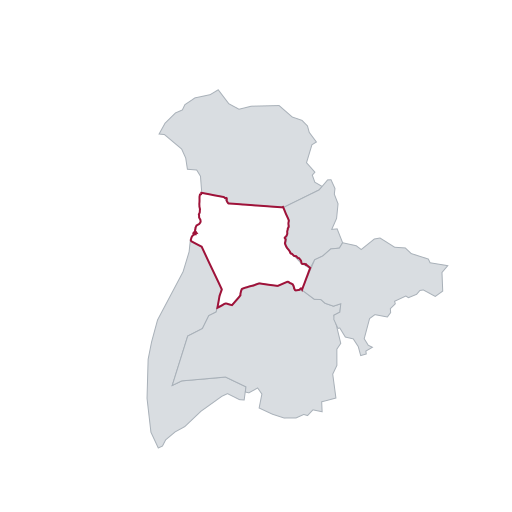 Kenya highlighted, orthographic projection, rotated 155°
{"feature_id": "KEN", "entity_name": "Kenya", "entity_type": "country or territory", "adm_level": 0, "iso_a3": "KEN", "parent_name": "Africa", "parent_adm1": "", "projection": "orthographic", "projection_center": [37.674, 0.4], "detail": "fine", "context": "with_neighbors", "style": "outline", "palette": "rose", "viewbox_px": 512, "rotation_deg": 155, "n_neighbors": 5, "source": "natural_earth", "source_scale": "50m", "svg_char_len": 5327}
<svg xmlns="http://www.w3.org/2000/svg" viewBox="0 0 512 512"><g transform="rotate(155 256 256)"><path d="M210.9,288.4L259.4,315.9L260.2,323.3L278.5,336.1L272.6,351.8L273.4,359.0L281.5,363.6L278.3,374.5L278.2,384.4L287.7,404.8L292.3,407.5L282.3,414.8L268.5,419.7L261.0,419.5L256.5,423.2L244.5,425.1L229.4,421.6L220.0,422.6L216.3,405.5L209.4,396.2L197.1,393.8L171.5,382.6L164.4,366.6L157.0,359.5L154.4,352.1L155.5,345.5L153.1,333.8L158.3,333.2L170.8,319.2L167.2,307.1L170.8,305.5L171.5,298.0L166.5,290.8L170.9,289.2L210.9,288.4Z" fill="#d9dde1" stroke="#a8b0b8" stroke-width="1"/><path d="M301.5,287.3L301.3,240.7L315.8,222.1L324.0,221.9L335.2,212.9L351.7,212.3L386.6,174.1L376.1,174.2L334.8,159.2L320.4,141.7L327.6,130.5L331.7,132.8L340.0,143.3L346.2,143.3L371.4,138.6L392.6,131.5L403.5,130.8L415.5,127.6L421.1,123.3L425.7,123.3L425.7,140.7L414.9,173.1L397.4,208.0L386.9,222.3L372.2,239.7L328.8,272.5L314.9,288.0L309.0,297.8L301.5,287.3Z" fill="#d9dde1" stroke="#a8b0b8" stroke-width="1"/><path d="M386.6,174.1L351.7,212.3L335.2,212.9L324.0,221.9L315.8,222.1L312.4,226.2L303.7,226.2L298.5,221.9L286.9,227.2L283.1,232.5L264.8,230.3L248.6,219.4L239.7,219.4L235.4,215.2L235.4,208.1L228.8,205.9L221.4,192.1L215.6,189.1L213.4,184.0L207.0,177.8L199.3,176.9L203.7,169.7L210.4,169.4L216.1,141.0L222.1,137.4L228.9,122.7L236.4,116.5L243.6,93.5L258.1,96.1L261.9,86.9L269.4,92.5L276.7,89.6L279.7,92.2L288.2,92.3L299.0,97.3L307.9,105.6L317.4,116.9L309.0,128.4L310.3,135.7L320.3,135.0L323.1,137.2L320.4,141.7L334.8,159.2L376.1,174.2L386.6,174.1Z" fill="#d9dde1" stroke="#a8b0b8" stroke-width="1"/><path d="M210.9,288.4L170.9,289.2L158.9,294.7L155.8,293.4L155.9,283.8L158.9,278.9L159.6,268.6L167.1,256.0L176.1,248.1L171.0,246.3L171.9,231.4L177.1,227.9L185.2,230.8L195.5,227.8L204.4,227.8L212.3,221.9L218.3,230.8L225.3,251.9L210.7,274.9L210.9,288.4Z" fill="#d9dde1" stroke="#a8b0b8" stroke-width="1"/><path d="M171.9,231.4L160.8,222.9L157.9,217.4L141.6,221.4L136.0,219.9L126.6,205.3L117.3,200.2L114.3,192.6L101.1,180.4L101.1,176.3L86.3,166.2L94.4,162.5L101.6,145.3L110.6,143.6L118.7,154.5L122.0,155.5L126.6,153.4L135.5,153.8L137.1,156.4L149.5,156.4L150.0,153.8L156.5,151.5L157.9,147.8L162.7,145.2L173.0,152.6L179.5,151.3L192.9,135.3L192.0,127.7L189.1,124.1L196.6,123.4L197.5,120.6L203.2,121.5L201.6,130.7L202.9,139.8L209.3,144.8L210.5,155.4L212.3,155.7L212.3,165.5L210.4,169.4L203.7,169.7L199.3,176.9L207.0,177.8L213.4,184.0L215.6,189.1L221.4,192.1L228.8,205.9L204.4,227.8L195.5,227.8L185.2,230.8L177.1,227.9L171.9,231.4Z" fill="#d9dde1" stroke="#a8b0b8" stroke-width="1"/><path d="M210.8,289.1L210.8,286.9L211.1,281.4L211.1,276.5L211.3,274.1L212.5,272.5L213.1,271.4L213.5,269.8L214.1,268.5L215.6,267.5L215.8,266.9L217.3,265.2L218.2,263.0L218.9,262.2L219.8,261.5L220.4,261.1L221.4,260.8L222.1,260.5L222.3,260.4L222.4,260.0L222.1,258.6L222.4,258.2L223.0,257.2L223.6,256.4L224.1,255.8L224.4,255.3L224.6,254.3L224.6,253.6L224.6,252.5L224.4,249.9L223.8,247.8L223.4,245.4L223.7,244.6L223.2,243.2L222.9,243.1L222.5,242.8L222.0,241.4L221.6,240.2L221.4,239.9L219.7,238.9L218.8,236.4L217.9,235.8L217.3,233.3L217.2,232.6L217.8,230.2L217.7,229.6L217.2,229.1L215.6,228.5L214.3,227.5L214.5,227.2L214.5,226.8L213.9,226.5L211.9,222.3L214.5,219.8L217.1,217.2L220.4,214.0L223.4,211.0L226.1,208.4L228.4,206.1L228.4,206.5L228.4,207.1L228.7,207.5L229.1,207.7L229.8,207.5L230.4,207.1L231.0,207.0L234.5,208.0L235.1,208.8L235.0,209.7L235.2,210.4L234.9,211.0L234.6,213.0L234.7,214.8L235.7,216.2L236.7,217.2L237.4,218.7L238.0,219.2L238.7,219.4L241.2,219.5L244.8,219.6L248.2,219.7L248.5,219.7L249.3,219.9L252.4,221.9L255.3,223.7L257.8,225.3L260.2,226.9L262.5,228.4L264.3,229.6L266.1,230.0L269.0,230.2L271.0,230.3L272.8,230.8L275.6,231.3L277.6,231.5L278.9,231.8L282.3,232.1L282.9,231.9L284.4,230.5L286.1,228.3L286.7,227.0L288.9,225.8L292.8,224.1L295.5,222.9L298.5,221.6L299.9,222.7L301.8,224.4L302.6,225.2L303.3,225.6L304.3,225.9L305.6,225.9L306.2,225.8L307.6,225.6L310.9,225.4L312.8,225.4L311.2,227.7L309.3,230.4L305.9,235.3L303.3,237.9L301.3,239.9L301.1,240.3L301.1,242.5L301.1,247.9L301.2,258.7L301.3,269.4L301.3,280.2L301.3,285.6L301.3,287.4L303.1,289.7L304.8,291.9L307.0,294.8L308.2,296.4L308.4,296.9L308.4,298.0L306.5,300.2L305.0,301.2L302.9,301.6L302.3,301.6L301.5,301.2L301.2,301.8L301.0,302.6L300.5,302.4L300.2,302.2L300.4,303.6L300.6,304.4L300.3,305.3L299.3,306.2L299.2,306.9L297.0,308.8L294.0,309.0L292.3,309.9L291.6,310.7L291.1,312.3L291.3,314.9L290.4,316.9L290.2,317.9L288.7,319.1L288.0,320.3L287.4,321.5L287.0,322.0L286.4,324.7L285.7,326.3L285.5,326.9L285.3,327.3L284.7,328.3L284.4,328.9L284.1,329.4L282.2,333.5L280.8,335.4L279.6,335.2L278.9,335.9L278.8,336.3L278.4,336.1L277.4,335.4L275.5,334.0L273.5,332.6L271.6,331.2L269.6,329.7L267.7,328.3L265.7,326.9L263.7,325.5L261.8,324.1L260.6,323.3L260.1,322.8L259.7,321.8L259.5,321.6L259.0,321.3L258.4,321.2L258.2,321.0L258.2,320.5L258.4,319.9L259.2,318.6L259.2,317.8L259.1,316.9L258.9,315.6L258.7,315.2L257.4,314.5L254.6,313.0L251.9,311.5L249.2,310.0L246.5,308.4L243.7,306.9L241.0,305.4L238.3,303.9L235.6,302.3L232.8,300.8L230.1,299.3L227.4,297.8L224.7,296.3L221.9,294.7L219.2,293.2L216.5,291.7L213.8,290.2L212.7,289.6L211.8,289.1L210.8,289.1ZM301.5,303.9L301.0,304.0L301.3,303.3L302.7,302.3L303.2,302.6L303.3,302.8L303.3,303.0L303.1,303.2L301.5,303.9Z" fill="none" stroke="#9f1239" stroke-width="2"/></g></svg>